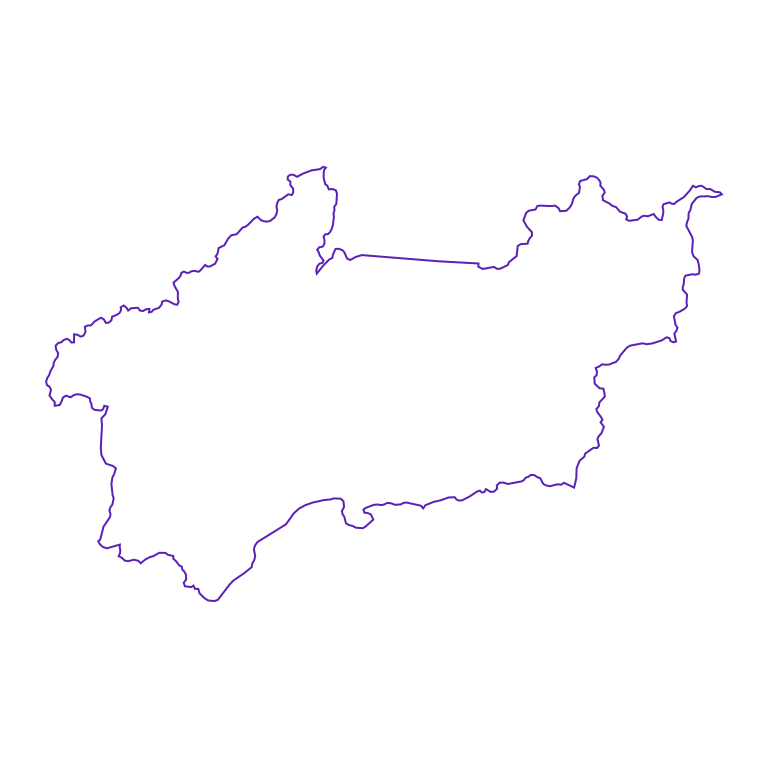 Governador Valadares, Minas Gerais, Brazil
{"feature_id": "56859067B87611191748041", "entity_name": "Governador Valadares", "entity_type": "district", "adm_level": 2, "iso_a3": "BRA", "parent_name": "Brazil", "parent_adm1": "Minas Gerais", "projection": "orthographic", "projection_center": [-41.948, -18.795], "detail": "fine", "context": "isolated", "style": "outline", "palette": "violet", "viewbox_px": 768, "rotation_deg": 0, "n_neighbors": 0, "source": "geoboundaries", "source_scale": "gbopen_adm2", "svg_char_len": 6078}
<svg xmlns="http://www.w3.org/2000/svg" viewBox="0 0 768 768"><path d="M153.0,556.3L159.3,552.8L165.5,552.9L167.9,554.8L173.3,556.0L173.3,558.7L176.2,561.4L179.3,565.5L181.8,566.6L182.2,569.4L184.4,571.7L186.0,574.8L186.2,579.4L183.7,582.8L184.9,586.3L191.0,587.1L193.5,585.6L194.9,588.8L198.3,588.9L199.6,593.4L204.4,598.1L208.0,600.4L214.2,601.1L217.8,599.9L229.8,584.3L233.6,580.4L244.3,573.1L251.7,567.1L252.3,563.5L254.2,560.1L255.2,556.3L253.9,549.2L255.0,545.5L257.5,542.0L286.0,524.3L293.9,513.2L299.3,508.4L305.3,505.2L312.9,502.5L323.8,500.1L330.7,499.4L333.7,498.4L340.7,498.7L343.5,501.3L344.0,507.2L341.9,511.0L342.6,514.3L344.3,516.8L346.0,523.3L349.1,525.1L352.5,525.9L355.9,527.7L362.8,528.2L365.6,526.5L373.3,519.6L370.9,514.4L367.7,513.0L364.4,512.7L363.4,509.7L365.5,508.0L373.6,504.9L377.6,504.5L381.1,505.1L384.2,504.5L387.2,502.9L390.8,503.2L395.0,504.8L400.9,504.4L403.4,502.9L406.3,502.5L420.9,505.7L423.2,508.4L425.3,505.3L433.5,501.9L440.4,500.4L448.5,497.5L454.7,497.2L456.4,499.4L458.6,500.5L462.0,500.4L469.4,496.6L476.8,491.7L479.9,490.6L481.9,492.5L484.3,492.1L486.0,489.1L490.6,491.9L494.1,491.6L497.1,488.7L496.8,485.5L499.6,482.7L503.6,482.6L507.9,484.0L521.5,481.4L523.7,480.2L525.7,477.7L528.4,476.8L530.6,475.0L534.2,475.0L537.1,477.1L540.2,478.2L543.4,484.1L546.7,485.6L550.0,486.2L557.4,484.3L561.1,484.7L564.0,482.8L574.1,487.6L576.3,478.3L576.6,468.1L579.7,460.6L584.3,456.7L585.2,453.6L593.4,447.8L597.0,448.0L599.0,445.5L597.4,439.0L599.0,435.9L601.4,433.3L603.9,426.9L600.6,422.2L602.5,419.9L600.9,416.9L597.2,411.9L596.4,409.0L598.9,406.1L599.4,402.4L604.8,396.6L604.4,393.2L603.4,388.7L599.7,388.3L594.7,383.7L594.3,377.3L596.6,375.2L597.0,371.6L595.6,368.0L599.1,366.5L602.0,364.3L605.6,364.8L610.0,364.4L612.4,363.0L615.6,362.2L618.7,358.9L620.2,355.5L625.5,349.2L627.3,347.3L630.3,345.6L642.7,343.3L646.7,344.2L652.0,343.5L661.5,340.5L666.6,337.3L669.3,338.1L670.7,341.1L673.5,342.3L676.1,341.4L674.3,333.6L676.3,331.0L677.5,327.8L675.5,324.7L673.9,316.2L675.9,313.1L679.5,311.8L684.9,308.6L687.1,306.0L686.5,302.3L687.1,294.6L682.8,289.8L682.8,286.9L683.7,284.2L684.2,278.2L685.6,275.6L692.6,274.2L695.3,274.7L698.8,273.8L699.5,270.4L698.7,264.0L697.5,259.9L693.7,256.4L692.4,253.3L692.1,250.8L692.9,240.4L692.0,236.7L686.3,225.9L687.0,222.2L688.4,219.0L688.7,212.7L690.3,210.3L691.8,203.9L696.6,197.9L699.8,196.5L708.3,196.2L712.1,197.1L716.0,196.8L721.9,194.3L719.9,192.3L714.9,191.8L710.3,189.1L706.4,189.0L701.8,185.8L699.2,186.0L695.9,187.3L693.0,185.8L689.7,190.6L684.0,197.0L676.8,201.6L674.2,204.0L671.5,203.6L669.3,202.4L663.6,204.2L662.5,206.7L663.3,209.9L663.2,213.5L661.7,220.0L658.8,219.8L656.2,217.5L653.7,214.0L647.8,216.3L644.6,215.8L642.0,216.3L637.6,219.7L629.2,220.8L626.2,219.4L627.1,216.5L625.5,213.7L620.0,211.7L616.0,207.1L612.7,206.0L609.2,203.4L603.0,200.2L602.4,195.7L604.8,192.6L604.0,189.9L600.3,185.7L600.6,183.0L599.6,180.7L597.0,177.7L593.6,176.3L589.7,176.2L587.0,179.1L580.2,181.0L578.8,184.4L580.0,186.6L579.0,192.9L574.8,196.2L573.0,199.6L572.1,203.6L569.6,207.7L566.1,210.8L560.1,211.2L558.5,208.1L555.2,205.7L549.2,206.1L540.7,205.6L537.4,205.9L535.5,209.5L528.8,210.7L526.2,212.8L523.4,220.4L527.0,226.8L531.9,232.2L532.0,235.7L529.9,238.0L528.3,240.8L527.6,243.7L520.7,244.1L517.7,246.1L516.6,256.1L508.8,262.3L508.0,264.9L500.2,268.7L497.2,268.9L493.8,266.9L482.7,269.0L478.3,266.7L478.5,263.5L438.8,261.3L362.0,255.1L355.8,256.9L350.3,260.0L347.1,258.6L344.3,252.2L342.2,250.0L338.6,248.8L335.6,248.9L333.0,254.4L332.3,258.0L329.1,259.6L323.2,265.6L316.8,273.6L316.2,270.7L317.3,266.4L319.3,263.8L322.5,262.8L323.5,260.4L319.8,255.6L318.8,252.5L317.2,249.7L319.3,247.3L322.7,246.6L324.5,243.5L324.4,239.6L323.6,236.4L325.3,234.3L328.1,234.1L330.2,231.9L331.8,228.7L333.0,224.5L333.9,216.8L333.5,213.4L334.5,210.2L334.2,206.9L336.3,204.0L337.0,193.8L335.9,190.4L332.5,189.0L328.9,189.4L327.3,185.7L325.2,184.1L323.7,178.1L323.7,172.5L324.2,169.9L325.8,167.6L323.1,166.9L320.1,169.1L311.5,170.4L303.2,173.5L297.1,176.8L293.5,174.8L290.3,174.7L287.9,176.5L287.6,179.4L290.4,181.6L290.3,185.0L293.2,188.7L293.1,192.8L291.8,195.0L288.3,194.3L281.8,199.0L278.7,200.0L277.1,203.2L276.5,206.7L277.2,210.4L276.4,214.2L274.6,217.5L270.3,220.8L267.2,221.6L263.7,221.3L260.5,219.8L257.5,216.7L253.9,218.8L247.7,225.1L245.4,226.8L242.5,227.6L236.7,234.2L231.2,235.3L228.1,238.7L224.3,245.3L218.7,248.0L217.4,254.1L215.6,256.3L217.6,258.9L215.0,263.8L209.8,266.5L207.2,266.5L205.2,264.9L200.8,270.0L198.5,271.8L194.7,270.9L191.3,271.3L189.2,272.7L186.7,272.9L183.9,271.6L181.4,272.8L180.6,275.6L179.0,277.9L173.5,282.6L174.4,285.7L177.9,292.0L177.8,298.7L178.7,301.8L177.2,304.7L174.5,304.3L168.6,301.2L165.6,300.4L162.1,301.7L161.6,304.6L159.0,307.8L153.4,309.8L151.7,311.8L149.0,312.4L149.4,309.0L146.4,309.1L143.1,311.0L140.0,310.6L137.9,307.8L131.3,308.2L128.2,310.5L126.5,307.7L123.7,305.5L120.7,307.3L121.1,310.2L119.5,313.0L116.7,314.9L112.1,316.7L111.4,320.3L108.8,322.6L105.8,322.9L103.9,319.4L100.9,317.7L94.8,321.3L90.8,325.5L87.9,325.4L84.9,326.8L85.5,331.8L83.6,335.6L80.5,336.6L77.6,334.8L74.1,334.3L74.0,342.4L71.4,342.5L69.1,339.8L66.7,338.8L63.2,340.3L61.5,342.2L58.3,343.0L55.6,345.7L56.2,349.7L58.1,353.0L57.6,356.9L55.2,359.8L53.7,362.8L53.5,365.7L50.4,371.3L49.1,375.2L47.2,378.1L46.1,381.8L46.9,385.0L49.6,386.8L51.0,389.9L49.5,395.5L51.7,398.8L54.7,402.0L54.7,405.8L59.7,405.0L61.8,401.0L62.9,397.6L66.1,395.6L70.4,397.3L74.1,395.0L77.1,394.2L80.4,394.6L87.1,396.8L89.9,398.5L90.2,401.4L91.5,404.1L91.8,407.6L94.4,409.8L101.0,410.6L103.1,409.2L104.3,405.8L107.8,406.7L105.4,414.1L101.4,418.4L102.0,425.4L100.8,447.9L101.4,455.0L105.9,463.6L113.2,466.1L115.9,468.4L114.1,474.3L112.4,477.4L111.4,484.2L112.6,495.1L113.7,498.3L112.3,504.8L110.7,506.7L109.4,510.3L110.5,513.8L110.1,516.9L103.5,526.7L100.2,539.6L98.2,541.3L100.1,544.5L102.8,546.9L106.8,548.3L119.9,544.6L119.7,547.4L120.3,550.3L120.0,553.4L118.6,556.1L121.8,557.8L124.8,560.6L128.0,561.2L134.0,559.7L138.3,560.8L140.7,563.3L145.3,559.5L150.3,556.9L153.0,556.3Z" fill="none" stroke="#5b21b6" stroke-width="2"/></svg>